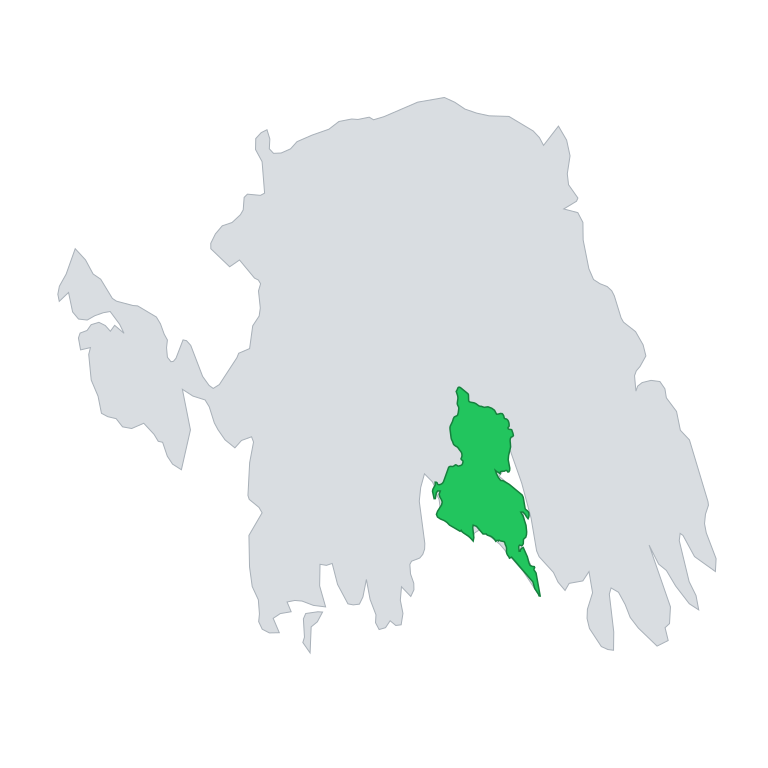 where Clare sits in Ireland, rotated 266°
{"feature_id": "IRL-76", "entity_name": "Clare", "entity_type": "County", "adm_level": 1, "iso_a3": "IRL", "parent_name": "Ireland", "parent_adm1": "", "projection": "robinson", "projection_center": [-8.993, 52.861], "detail": "fine", "context": "in_parent", "style": "filled", "palette": "green", "viewbox_px": 768, "rotation_deg": 266, "n_neighbors": 0, "source": "natural_earth", "source_scale": "10m", "svg_char_len": 7067}
<svg xmlns="http://www.w3.org/2000/svg" viewBox="0 0 768 768"><g transform="rotate(266 384 384)"><path d="M508.3,108.7L488.3,119.0L485.3,122.9L479.8,139.0L479.1,143.7L466.7,161.6L459.6,165.2L449.0,168.2L443.0,171.0L435.4,169.6L425.8,169.8L421.1,173.0L421.3,175.5L424.2,178.3L442.0,186.6L441.0,190.0L436.0,193.9L404.2,203.6L394.8,209.4L391.5,213.3L394.9,219.7L420.5,239.1L424.8,241.2L428.7,252.4L451.2,257.1L460.5,264.2L468.4,265.9L485.6,265.3L492.6,267.9L496.5,265.9L498.7,262.2L517.8,248.5L511.7,238.2L531.0,220.7L536.4,221.0L545.5,226.3L553.1,233.7L555.7,243.7L562.9,252.6L567.5,255.7L579.9,257.5L582.9,261.0L580.8,273.9L582.7,278.2L614.3,277.9L626.9,272.2L637.8,273.2L643.3,279.0L645.8,285.0L636.4,287.2L626.6,286.0L621.8,289.9L621.6,297.5L625.1,307.2L631.8,314.1L637.3,329.6L642.0,346.8L649.0,357.3L650.6,370.2L649.7,376.5L651.2,387.9L648.3,392.0L650.7,402.7L662.8,437.2L665.6,464.2L660.1,474.3L652.6,483.9L647.8,495.2L644.2,507.5L642.2,527.3L626.0,550.5L619.0,556.2L610.9,559.8L629.1,576.0L614.5,583.2L598.6,585.5L580.9,581.5L569.9,582.0L556.0,590.4L552.9,588.8L546.1,575.5L541.4,589.3L531.3,593.7L513.8,592.7L484.7,596.4L473.6,600.3L469.0,606.4L465.6,613.5L461.1,617.7L455.9,619.9L433.5,625.1L429.0,627.2L418.7,638.6L405.0,645.2L393.7,647.2L383.6,640.6L379.5,636.6L374.8,634.5L359.3,634.8L364.2,636.9L367.4,641.6L369.0,650.6L367.2,659.4L359.6,663.9L350.5,664.7L336.2,673.9L317.2,676.4L306.9,684.8L244.0,699.0L240.4,699.2L231.7,695.6L222.3,694.0L213.0,695.1L186.6,703.1L173.8,701.5L190.2,681.7L212.1,671.7L214.3,669.0L207.2,667.6L165.6,674.6L151.2,680.5L136.7,682.2L143.5,673.2L162.2,660.8L178.3,652.7L185.2,645.4L204.8,637.2L141.7,654.2L125.1,652.1L121.3,647.4L108.3,649.6L103.5,638.1L122.8,620.7L134.0,613.3L147.2,609.2L159.9,603.4L164.7,596.3L158.7,594.1L120.6,595.9L102.4,594.4L103.5,588.8L106.9,582.5L125.8,571.9L136.0,570.2L145.1,571.2L161.2,577.5L182.6,575.4L173.7,568.6L172.2,554.8L165.4,550.2L174.2,543.8L184.2,539.9L200.9,526.7L206.9,524.6L239.8,521.4L275.4,514.5L310.6,504.8L292.5,499.5L283.9,492.4L270.0,506.7L260.0,512.2L231.7,515.1L222.8,513.5L210.2,509.1L206.3,510.8L202.6,514.2L183.9,521.2L164.2,522.9L187.1,510.0L216.2,488.2L222.7,481.2L231.9,469.2L229.1,463.9L223.1,460.9L244.1,436.2L251.5,431.7L264.9,430.9L274.8,427.0L279.1,427.0L283.0,425.5L291.6,418.1L278.3,413.4L264.6,411.0L222.1,413.6L216.5,413.0L211.3,410.8L207.9,407.5L205.3,399.1L202.2,397.2L192.7,397.2L183.2,399.8L176.6,399.5L170.2,395.9L180.5,387.3L167.2,385.2L153.8,386.9L142.6,384.3L142.3,378.9L147.4,373.6L140.8,368.5L139.4,362.0L146.5,358.9L154.3,359.9L170.1,355.1L190.3,352.8L173.0,348.1L166.1,344.1L165.8,337.9L167.2,332.7L187.3,323.7L208.6,319.8L207.1,313.9L208.6,307.6L187.1,305.7L165.7,310.2L168.1,298.1L173.2,287.1L174.3,279.9L173.3,272.1L163.3,275.5L162.2,264.5L158.0,257.1L143.2,262.2L143.7,252.3L147.9,245.4L155.7,242.4L163.3,243.7L177.5,243.6L191.2,238.4L211.0,237.1L242.4,238.7L264.0,253.4L269.6,250.7L278.3,241.5L282.3,240.5L314.9,244.5L335.2,249.8L340.6,248.2L337.6,237.9L330.7,230.8L339.4,221.5L350.0,215.2L357.1,212.0L373.4,208.1L380.6,204.4L385.3,192.5L392.8,182.5L351.7,187.7L312.6,175.9L318.8,167.5L327.1,162.8L341.3,159.1L342.6,154.8L349.8,151.1L361.6,141.6L357.2,129.2L359.5,120.2L368.1,114.4L370.7,106.1L374.5,100.1L391.8,97.9L408.4,92.2L434.1,91.5L440.8,93.7L439.2,83.7L451.2,82.4L456.0,84.4L458.1,91.5L463.6,96.0L465.4,103.9L461.8,110.0L455.7,114.7L461.3,119.4L452.7,128.2L462.1,124.4L475.4,115.9L474.7,109.0L472.3,100.3L468.5,92.4L470.1,83.8L477.6,78.4L497.3,75.7L489.1,65.8L496.3,64.9L504.2,67.0L515.8,74.6L540.5,85.4L528.6,94.9L514.0,101.5L508.3,108.7ZM161.4,302.1L160.8,306.8L151.4,300.9L146.8,294.4L120.9,291.5L131.8,285.0L137.0,287.0L155.3,287.2L160.5,289.9L161.4,302.1Z" fill="#d9dde1" stroke="#a8b0b8" stroke-width="1"/><path d="M314.7,505.9L312.4,505.9L304.0,503.3L299.7,502.6L291.3,503.6L289.1,503.3L287.7,502.5L287.5,501.5L289.2,500.4L289.2,499.2L288.6,497.8L288.8,495.9L288.5,494.1L286.5,493.5L287.6,492.2L289.0,490.1L290.0,489.1L286.6,489.9L282.6,491.6L279.6,493.7L279.3,495.9L275.1,502.0L263.7,514.0L261.2,515.0L249.7,516.1L249.1,516.5L247.0,518.7L245.7,519.4L244.1,519.6L242.5,519.5L240.9,519.0L239.6,518.3L241.7,516.9L244.5,515.4L246.6,513.7L246.6,511.5L242.5,513.5L233.1,515.8L226.5,516.0L223.7,515.6L221.2,514.7L220.2,513.3L219.3,512.3L214.9,511.8L213.1,510.5L213.8,507.9L212.4,507.0L207.7,507.1L207.7,508.2L208.9,508.5L209.9,509.2L210.7,510.2L211.2,511.5L201.5,515.0L195.7,516.0L192.9,517.0L191.8,518.9L191.3,521.2L190.3,521.5L189.2,520.8L188.2,520.6L184.8,522.5L161.6,525.0L161.7,524.0L164.0,523.2L169.5,520.1L176.2,518.7L202.4,499.2L202.1,498.6L201.5,497.0L202.9,496.5L204.8,495.3L206.0,494.8L207.7,494.4L211.7,494.8L213.2,494.6L215.6,493.7L217.0,493.5L218.3,492.9L218.8,491.3L219.3,489.4L220.2,487.9L219.5,487.2L219.9,486.9L220.2,485.8L219.3,484.5L220.6,483.9L222.0,482.9L223.4,481.5L224.6,480.1L225.3,478.6L225.7,477.3L226.2,476.3L227.3,475.6L227.3,474.4L227.5,472.3L235.6,466.3L237.0,463.1L234.6,462.5L224.5,462.9L221.1,462.0L224.7,459.2L226.3,457.7L230.1,452.7L231.3,451.5L232.7,450.8L231.8,449.6L238.7,439.5L241.5,437.2L243.6,434.5L245.4,430.9L247.6,428.1L250.3,427.2L253.4,428.6L259.4,433.0L262.2,433.9L264.7,433.2L267.3,431.9L270.2,431.3L273.3,432.7L273.6,430.1L271.8,428.6L266.1,427.2L266.1,426.0L273.7,424.9L275.7,425.5L279.6,428.0L282.1,428.2L282.5,428.2L282.4,429.2L282.2,429.6L281.9,430.0L281.6,430.1L280.4,430.4L280.1,430.8L279.8,431.3L279.7,432.0L279.7,432.7L279.9,433.3L280.1,433.9L280.3,434.4L280.6,434.9L281.0,435.4L281.4,435.8L282.3,436.5L296.2,442.6L296.7,443.0L297.0,443.6L297.2,444.2L297.2,444.8L297.1,445.4L297.0,446.0L296.9,446.7L297.0,447.3L297.3,447.9L297.6,448.4L298.0,448.9L298.2,449.4L298.4,449.9L298.2,450.4L297.9,450.9L297.2,451.8L297.0,452.0L296.9,452.3L296.9,452.6L297.0,453.1L297.4,454.9L297.6,455.4L297.9,456.0L298.5,456.5L300.4,457.3L301.0,457.4L301.7,457.4L302.5,456.7L303.0,456.1L303.5,455.7L304.1,455.6L305.0,456.1L305.9,456.5L306.9,456.8L308.4,456.8L309.6,456.7L311.2,456.0L313.0,454.7L315.2,453.4L315.7,453.0L316.5,452.1L316.8,451.5L317.1,451.1L317.9,450.1L318.8,449.3L319.5,449.0L321.8,448.4L323.9,447.5L325.4,447.2L334.5,446.7L336.1,446.8L337.4,447.2L341.8,449.7L344.7,450.8L346.2,451.8L346.4,452.3L346.8,453.1L347.1,454.2L347.8,455.2L350.0,456.0L354.4,456.9L355.9,456.8L357.3,456.2L358.4,455.8L359.6,455.7L364.8,456.8L366.9,456.7L371.6,455.5L372.6,456.3L374.4,457.2L375.0,457.5L375.4,457.9L375.6,458.5L375.5,459.3L374.9,460.2L368.7,466.8L367.9,467.4L367.1,467.5L361.8,467.3L361.0,467.4L360.3,468.0L359.8,469.0L359.0,472.4L358.5,473.4L358.0,474.3L355.6,477.1L355.3,477.7L355.0,478.6L355.0,479.4L353.7,482.3L354.0,486.1L352.3,489.8L350.1,492.4L346.0,494.2L346.0,495.9L346.5,498.0L346.2,499.8L345.5,500.4L344.5,500.9L343.6,501.3L342.6,501.4L341.3,501.7L340.8,502.7L340.5,503.8L339.6,504.7L338.4,505.4L337.0,505.8L335.3,506.0L333.4,505.9L332.7,505.6L332.3,505.0L331.8,504.6L330.8,504.7L330.1,505.5L329.7,507.7L329.4,508.2L325.8,509.2L323.6,509.5L322.7,508.8L322.0,507.0L320.4,506.1L318.4,505.8L316.5,505.9L316.4,505.9L314.7,505.9Z" fill="#22c55e" stroke="#15803d" stroke-width="1.5"/></g></svg>